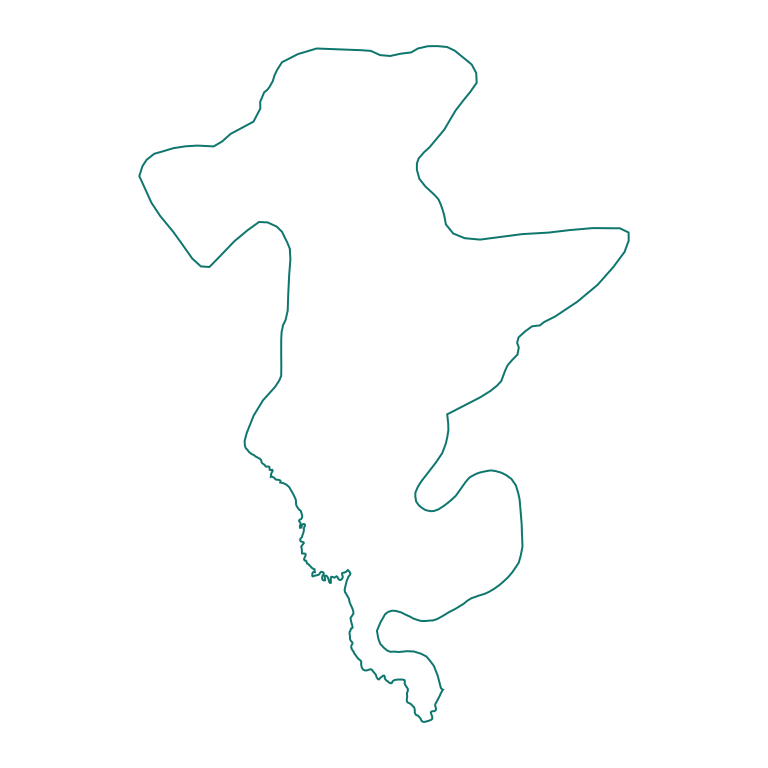 the district of Viengkham, Vientiane, Laos
{"feature_id": "54806243B32132961433294", "entity_name": "Viengkham", "entity_type": "district", "adm_level": 2, "iso_a3": "LAO", "parent_name": "Laos", "parent_adm1": "Vientiane", "projection": "natural_earth1", "projection_center": [102.518, 18.403], "detail": "fine", "context": "isolated", "style": "outline", "palette": "teal", "viewbox_px": 768, "rotation_deg": 0, "n_neighbors": 0, "source": "geoboundaries", "source_scale": "gbopen_adm2", "svg_char_len": 6102}
<svg xmlns="http://www.w3.org/2000/svg" viewBox="0 0 768 768"><path d="M282.0,62.2L276.9,70.3L274.4,75.6L272.8,81.1L269.4,87.1L267.3,89.8L264.2,92.3L260.2,101.7L260.3,108.6L253.5,121.6L245.0,126.2L230.7,133.8L222.2,141.4L213.7,146.4L197.5,145.6L185.6,146.3L173.7,148.1L162.3,151.5L154.2,153.8L146.6,159.8L142.4,166.3L139.3,176.1L145.6,189.9L151.4,202.7L160.2,216.0L173.3,231.9L182.5,244.7L192.2,258.5L200.9,266.4L209.4,267.0L220.3,255.9L234.4,241.2L247.6,230.2L259.0,222.0L267.6,222.4L276.7,226.6L282.0,231.8L287.4,242.8L289.8,248.7L290.4,259.4L289.2,274.5L288.2,295.1L287.7,310.5L285.6,319.9L284.3,322.8L282.8,325.4L282.8,326.5L281.6,332.0L281.2,340.0L281.2,354.6L281.3,367.5L281.2,375.9L279.3,380.4L275.0,387.0L262.9,400.4L253.6,415.7L246.7,433.1L244.6,440.9L244.9,445.4L245.6,447.8L246.7,449.2L247.3,449.6L248.5,451.3L249.3,452.3L251.2,453.7L252.2,454.4L253.2,454.7L254.3,455.3L255.3,456.3L259.7,458.7L260.5,459.4L261.1,460.1L261.3,460.9L261.5,462.0L261.9,462.8L262.7,463.6L263.6,464.2L264.6,464.9L265.3,465.9L266.0,466.6L268.6,466.5L269.3,466.9L269.5,467.6L269.7,469.8L270.5,470.1L272.2,469.8L272.6,470.4L272.5,471.3L271.9,472.2L271.1,474.0L270.8,476.9L271.9,476.5L274.1,477.8L274.9,478.7L276.0,479.6L278.9,479.9L280.1,480.4L280.6,481.1L280.2,482.5L283.3,483.2L285.6,484.2L287.1,485.2L289.4,487.4L290.8,489.9L293.1,493.9L295.2,498.2L295.9,500.2L296.0,502.8L296.2,505.1L297.5,507.5L299.2,509.8L300.7,510.7L301.0,511.7L302.1,515.0L302.2,516.7L302.0,517.6L301.6,518.4L301.1,519.1L300.2,519.4L299.1,520.4L299.2,521.4L299.8,522.0L300.6,523.2L300.5,524.3L299.8,526.1L300.1,527.8L301.4,527.6L301.7,526.0L302.7,524.3L304.0,524.0L304.8,524.5L305.0,525.8L304.4,526.8L303.8,528.4L303.9,530.4L303.2,533.4L302.4,535.3L301.9,537.2L300.7,538.4L300.2,539.2L300.3,540.7L300.7,541.3L301.3,541.6L302.3,541.8L303.6,542.4L303.8,543.1L301.2,546.6L301.8,548.8L302.0,553.4L305.4,553.7L305.6,554.5L305.6,555.4L304.2,558.5L304.1,559.6L304.7,560.5L305.7,560.5L306.4,561.2L306.8,563.0L307.3,563.7L308.1,563.9L311.9,567.9L313.8,569.1L314.5,569.2L314.9,572.2L312.9,572.3L312.4,573.3L312.2,575.8L312.8,576.4L315.4,575.5L316.8,575.3L318.1,574.9L319.3,574.3L320.0,572.9L321.1,571.8L322.6,572.0L323.8,573.0L323.5,574.7L322.6,575.4L322.1,577.6L322.4,579.4L322.9,580.1L324.8,580.5L325.1,580.1L325.1,579.4L324.9,578.3L324.6,576.3L325.5,575.6L326.5,575.9L327.0,576.3L328.0,577.8L329.4,582.3L330.1,583.0L330.8,582.8L330.9,582.1L330.9,581.0L330.7,579.2L330.9,577.9L331.3,576.9L332.7,576.9L333.9,577.6L334.9,577.4L335.6,577.0L336.4,576.3L337.4,576.8L338.0,578.2L339.1,579.7L340.6,580.0L341.7,579.3L342.7,577.6L342.7,576.3L342.0,574.1L342.2,573.1L343.0,572.7L344.0,572.7L346.1,571.8L347.8,570.1L349.4,571.6L350.4,573.3L350.1,574.7L348.4,576.8L346.6,581.2L344.6,589.7L345.0,592.1L346.2,593.8L346.9,595.2L348.9,598.6L349.3,600.9L349.8,602.8L352.5,608.8L353.3,611.3L353.4,613.6L352.2,615.6L350.9,617.3L350.5,618.4L351.1,621.3L352.6,627.0L352.4,628.0L351.0,628.5L350.4,630.8L349.7,631.6L349.5,633.9L350.1,636.4L349.9,638.1L350.2,639.6L351.0,641.0L352.2,642.3L352.6,643.0L352.4,643.8L351.9,644.5L351.4,645.7L351.2,647.0L351.6,648.7L353.1,651.2L353.7,651.8L354.1,653.2L355.0,654.3L357.3,657.5L358.6,659.1L359.8,659.9L361.1,661.2L361.3,662.4L361.1,663.2L361.2,664.6L361.7,667.3L363.0,669.5L364.5,670.3L365.9,670.5L367.1,670.3L370.5,669.2L372.1,669.9L372.8,671.1L375.8,674.6L376.4,676.7L377.1,678.0L378.0,679.2L379.0,679.4L380.1,678.0L381.9,676.7L382.8,675.8L384.0,675.6L384.8,676.6L384.8,678.5L385.6,679.6L386.4,680.5L387.4,681.1L388.2,681.8L389.5,682.8L391.0,683.3L392.0,682.8L392.6,681.3L393.7,680.5L395.0,679.9L397.6,679.6L399.3,679.5L402.3,679.5L404.5,680.1L404.9,681.4L404.6,683.2L405.1,684.6L406.6,687.1L407.2,687.8L407.7,688.7L407.9,689.5L407.9,690.5L406.9,693.3L407.2,696.8L406.9,698.1L406.8,700.2L406.8,701.3L407.7,702.5L409.1,703.1L410.8,704.0L414.2,707.5L414.8,709.9L414.7,712.3L415.7,714.6L416.7,715.2L418.2,715.8L420.4,718.3L421.6,720.9L423.1,721.9L424.9,721.9L426.7,721.3L428.1,721.0L429.8,720.4L431.4,719.7L432.3,718.7L432.2,716.4L431.3,714.2L430.8,712.6L431.5,711.5L432.8,711.2L434.2,711.2L435.6,710.4L436.0,709.3L435.8,707.8L435.2,705.8L435.3,704.1L436.0,702.8L436.7,701.7L439.9,695.5L440.6,693.7L441.6,691.9L442.3,690.6L443.0,689.7L442.1,689.3L441.0,688.2L440.5,686.6L437.7,675.6L433.8,665.8L430.2,661.0L426.4,656.5L421.0,653.7L414.0,651.5L407.2,651.2L399.0,652.0L394.0,651.6L390.5,651.8L387.3,650.6L383.9,647.8L380.3,643.9L378.4,638.9L377.3,632.9L376.9,630.9L380.6,622.1L385.2,614.1L388.2,611.9L392.0,610.7L395.8,610.9L401.4,612.5L405.7,614.7L409.9,616.6L413.3,618.5L417.3,619.9L420.0,620.7L422.2,621.0L425.9,621.0L429.7,620.6L433.0,620.4L437.5,618.9L443.9,615.3L448.9,612.2L455.1,609.0L463.5,603.9L467.4,600.7L471.3,598.3L478.9,595.6L484.5,593.9L488.7,592.0L493.7,589.1L499.6,584.9L503.2,581.8L508.2,577.1L512.4,572.2L518.7,562.8L520.9,554.9L522.5,546.3L521.9,532.1L521.7,524.5L520.5,509.8L519.6,499.6L518.3,493.4L515.9,485.4L511.4,478.9L506.1,475.1L501.4,472.7L495.3,471.0L490.8,470.4L485.8,471.2L479.9,472.5L476.3,473.8L470.4,476.9L468.5,478.6L465.6,482.0L455.8,495.8L451.1,500.2L444.3,505.6L438.4,509.4L433.9,511.0L431.1,511.2L427.1,510.5L425.0,509.8L421.4,507.5L418.7,505.2L416.1,501.4L415.3,496.3L415.4,492.5L417.8,487.0L421.2,481.5L436.0,462.4L442.3,453.0L445.9,443.3L447.2,437.5L448.4,430.2L448.2,423.4L447.2,414.3L479.9,397.5L490.5,390.9L497.1,385.6L501.3,381.0L505.1,370.7L507.6,365.3L511.9,360.3L517.5,354.5L518.8,347.5L517.1,342.7L518.6,337.3L525.2,331.3L532.1,326.3L539.9,325.4L544.0,322.1L555.1,316.5L577.2,301.8L597.6,284.8L613.6,266.7L624.5,252.0L628.7,240.6L628.6,232.5L619.9,228.3L592.6,228.1L569.6,230.1L548.5,232.6L522.2,234.1L480.1,239.6L464.7,238.2L453.2,233.5L445.9,224.4L444.3,215.8L442.8,210.4L440.8,204.5L438.4,199.2L434.5,194.9L425.3,186.4L419.4,178.9L416.9,169.8L416.9,163.3L418.7,158.4L423.9,152.4L429.6,147.2L444.2,129.7L455.5,110.6L463.5,100.2L470.2,92.0L476.7,82.7L476.2,73.0L471.7,64.5L454.8,50.7L447.1,47.0L437.5,46.1L427.9,46.2L417.9,48.5L411.2,52.4L400.7,53.7L390.1,56.0L380.1,55.1L370.9,50.9L361.0,50.2L316.7,48.5L297.9,54.1L282.0,62.2Z" fill="none" stroke="#0f766e" stroke-width="2"/></svg>